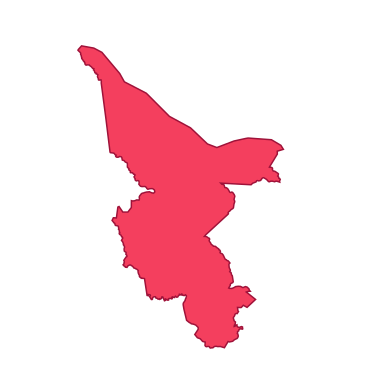 Rio Branco, Acre, Brazil (Natural Earth projection), rotated 83°
{"feature_id": "56859067B21668185569596", "entity_name": "Rio Branco", "entity_type": "district", "adm_level": 2, "iso_a3": "BRA", "parent_name": "Brazil", "parent_adm1": "Acre", "projection": "natural_earth1", "projection_center": [-68.243, -9.995], "detail": "fine", "context": "isolated", "style": "filled", "palette": "rose", "viewbox_px": 384, "rotation_deg": 83, "n_neighbors": 0, "source": "geoboundaries", "source_scale": "gbopen_adm2", "svg_char_len": 6125}
<svg xmlns="http://www.w3.org/2000/svg" viewBox="0 0 384 384"><g transform="rotate(83 192 192)"><path d="M72.8,268.8L108.8,268.5L142.4,268.5L143.0,268.2L143.7,265.5L144.1,264.6L145.7,263.7L146.2,262.8L147.2,263.4L147.8,263.1L148.2,262.6L148.4,261.9L148.4,260.5L147.9,259.5L148.4,258.0L149.1,257.5L151.8,257.3L152.6,255.5L154.1,254.6L155.0,253.1L155.6,252.7L156.3,252.7L159.4,253.1L161.4,251.7L162.1,252.0L162.7,251.7L163.5,250.7L164.0,250.6L164.7,250.9L165.3,250.7L165.7,248.7L167.2,247.8L167.4,247.0L168.1,246.5L169.3,247.1L169.9,247.7L170.9,247.4L171.8,246.8L173.0,247.0L174.1,246.1L174.2,245.5L174.0,244.7L174.2,243.9L174.6,243.4L176.3,243.3L177.8,243.8L179.5,242.8L180.1,242.2L180.5,241.1L180.8,238.1L181.1,237.4L181.7,237.1L182.4,236.5L183.0,236.4L183.9,235.5L183.6,233.4L183.8,231.0L184.2,230.3L185.3,229.1L187.0,228.9L187.5,229.0L188.1,229.7L188.5,230.6L188.2,231.0L188.0,231.9L186.5,234.4L186.6,235.0L186.5,237.1L186.8,239.5L187.1,240.4L187.1,241.4L187.5,242.5L188.1,242.9L189.2,244.2L190.5,245.0L192.4,245.0L193.6,245.6L193.1,247.8L193.7,250.0L193.7,252.0L193.2,253.2L200.0,254.1L204.1,258.1L203.5,263.1L197.5,266.2L197.9,267.4L208.5,270.2L208.0,273.2L210.5,274.8L212.3,273.6L212.9,273.5L213.4,272.7L214.1,272.4L215.4,272.3L215.9,271.9L216.5,270.0L217.1,269.3L219.5,269.2L220.0,269.5L220.7,269.0L222.3,268.8L222.9,269.1L223.8,268.6L224.4,269.3L225.1,269.1L226.3,267.7L227.9,267.3L228.2,266.6L229.3,266.4L231.5,267.9L233.0,266.9L235.5,266.3L236.0,266.6L236.4,266.3L237.8,265.7L238.8,265.7L239.7,266.2L240.9,266.4L242.4,266.4L243.1,265.8L243.6,265.0L244.2,264.8L245.9,265.2L246.7,264.5L247.8,264.4L248.3,264.7L248.4,265.3L251.5,268.0L252.8,267.7L253.6,267.8L254.1,268.2L254.8,268.2L255.4,268.6L255.7,269.2L256.6,269.0L258.0,267.3L258.5,267.3L258.9,265.7L257.6,264.7L257.3,264.1L256.8,262.7L257.0,261.7L257.5,261.4L258.4,260.1L260.5,258.8L260.6,258.1L261.4,257.2L261.7,256.4L263.4,254.9L264.5,255.3L266.5,255.1L268.6,254.3L269.2,254.5L269.9,254.3L270.9,253.2L271.5,252.9L271.3,252.2L271.7,251.7L271.9,250.2L272.2,249.7L289.2,249.2L289.6,248.0L288.3,248.2L289.0,246.1L289.7,245.9L290.8,246.8L293.7,245.5L293.9,244.9L293.5,244.3L292.7,244.2L291.8,243.5L291.5,243.0L291.4,242.1L291.6,241.0L292.8,240.8L293.4,239.4L294.3,238.7L294.0,237.2L294.6,237.1L294.2,235.7L293.7,235.1L292.9,235.0L292.4,234.6L292.6,233.8L296.6,232.6L296.4,231.8L295.2,232.1L294.9,231.2L296.1,230.1L296.5,228.9L296.2,228.3L295.4,228.6L294.9,227.8L295.0,226.0L295.5,225.5L295.6,224.9L294.9,224.4L294.4,224.9L293.9,224.7L293.7,224.2L294.0,223.4L294.5,222.7L294.6,222.1L294.0,221.8L293.4,221.2L294.6,219.9L294.4,218.9L293.3,218.1L293.0,217.4L292.0,217.0L292.8,215.8L292.9,215.2L292.4,215.4L292.0,214.9L292.3,214.2L293.0,214.1L293.4,213.7L293.5,212.9L293.9,212.5L293.3,211.0L293.8,210.6L294.3,210.2L295.0,210.3L296.9,211.1L297.6,211.7L298.6,211.9L301.3,214.2L302.8,214.5L307.2,214.3L318.7,213.0L321.3,210.5L322.0,209.3L322.7,208.8L323.3,206.8L324.5,204.5L327.2,202.4L329.0,202.6L333.8,206.6L337.3,204.4L338.7,201.7L341.6,199.7L342.6,197.2L346.0,197.8L346.9,197.3L347.3,196.6L347.2,194.8L347.7,193.6L348.8,193.2L349.2,192.4L349.0,191.3L349.2,190.3L348.3,189.0L348.0,188.1L348.1,186.7L348.6,185.3L348.8,182.7L350.5,178.8L344.8,174.4L345.4,173.1L345.2,170.5L345.1,169.8L343.8,167.9L342.9,165.2L342.5,164.7L341.7,164.1L340.6,163.6L338.6,163.8L338.1,164.3L337.5,164.0L336.1,163.8L335.5,162.5L334.5,162.3L333.9,161.5L333.7,161.0L334.0,159.4L334.3,158.8L334.0,158.3L333.5,158.5L332.2,158.3L331.8,158.8L331.6,159.5L332.0,160.8L332.1,161.7L331.9,162.3L331.3,163.3L330.7,163.6L329.3,163.6L329.5,164.3L330.5,165.8L330.6,166.5L329.3,166.1L328.5,165.3L326.4,164.7L324.8,166.0L323.6,166.0L322.9,166.3L321.6,166.2L319.9,164.7L318.9,164.4L318.4,164.0L317.9,162.7L318.2,162.0L316.3,160.4L315.5,160.9L312.1,160.9L312.6,158.1L312.6,157.1L310.7,154.9L313.2,151.4L306.4,142.0L297.9,150.3L297.7,149.7L297.5,148.0L297.6,146.3L296.3,147.1L295.0,147.3L293.1,148.9L292.4,150.5L293.1,153.1L291.6,155.4L291.2,157.7L291.2,160.3L291.9,161.8L292.6,164.1L292.2,166.7L291.8,167.3L290.2,166.1L289.5,165.4L288.6,165.4L287.9,164.8L287.5,164.4L286.9,162.6L286.1,162.0L280.2,162.2L279.6,162.4L279.2,162.8L276.6,163.1L275.7,164.3L274.6,163.5L274.0,163.5L271.6,164.3L268.2,164.2L267.1,163.0L264.8,164.4L264.4,165.4L263.4,166.2L262.8,167.2L261.8,167.6L258.4,168.7L257.0,169.6L256.6,170.2L256.2,171.1L255.6,171.6L254.3,171.0L252.9,171.6L252.5,172.4L251.8,172.4L249.7,174.7L249.1,175.0L248.7,175.7L248.4,177.4L247.6,177.8L246.3,179.3L245.1,179.6L243.1,180.7L242.3,180.9L240.9,180.2L240.0,180.5L239.7,181.3L238.6,182.3L237.8,183.7L237.6,185.1L236.0,183.4L218.5,159.0L218.0,158.5L217.4,158.7L217.0,158.7L216.2,158.1L215.5,156.8L214.4,155.6L213.4,153.5L212.7,152.8L208.7,151.7L207.7,151.1L206.4,150.7L204.5,151.2L201.4,150.0L199.8,150.4L197.5,151.6L197.2,152.0L196.9,152.5L197.2,153.3L197.2,153.9L196.8,154.5L193.3,156.0L192.3,156.9L191.8,157.7L191.8,158.4L191.5,158.9L189.0,159.3L188.4,159.8L188.0,161.4L186.7,162.4L192.0,132.5L190.7,130.7L189.8,127.2L188.7,126.5L188.6,125.8L189.1,124.4L189.0,122.9L188.7,122.2L188.1,121.9L187.7,121.3L187.2,121.1L186.6,120.1L186.5,119.3L186.9,118.6L188.6,116.5L191.0,114.8L191.3,113.6L190.9,112.9L191.0,111.1L191.9,108.7L191.5,107.4L191.6,106.6L192.9,103.7L191.7,103.8L190.5,102.9L189.3,103.3L189.0,104.1L187.7,104.2L186.6,105.0L185.9,104.4L184.6,104.0L184.0,104.4L181.7,107.0L181.3,107.8L181.1,108.8L179.5,109.5L178.7,109.2L178.0,109.3L177.4,109.8L177.0,111.0L177.1,111.6L176.8,112.2L164.8,102.7L161.9,102.4L160.8,96.1L156.5,98.1L149.8,106.8L145.4,129.1L145.3,129.9L145.4,132.2L146.5,144.1L150.9,161.9L146.2,170.8L128.2,185.6L114.2,205.2L88.4,225.3L74.4,245.7L65.6,249.3L42.4,264.4L37.2,271.9L33.5,283.8L36.8,287.6L37.5,287.9L40.2,285.7L41.2,285.6L41.9,285.8L43.1,285.3L44.5,285.3L45.4,285.0L46.0,285.2L48.1,284.0L48.8,283.8L49.5,282.9L50.2,283.0L50.7,282.6L52.0,282.6L52.9,282.1L53.2,281.4L53.0,280.8L53.4,278.5L54.2,278.0L55.5,276.6L57.1,275.6L57.6,274.4L58.8,274.9L59.3,274.3L61.8,273.8L62.5,272.5L63.0,272.8L64.0,271.2L66.1,271.8L67.9,271.2L69.2,271.2L69.6,270.8L69.6,268.7L71.1,268.5L72.8,268.8Z" fill="#f43f5e" stroke="#9f1239" stroke-width="1.5"/></g></svg>